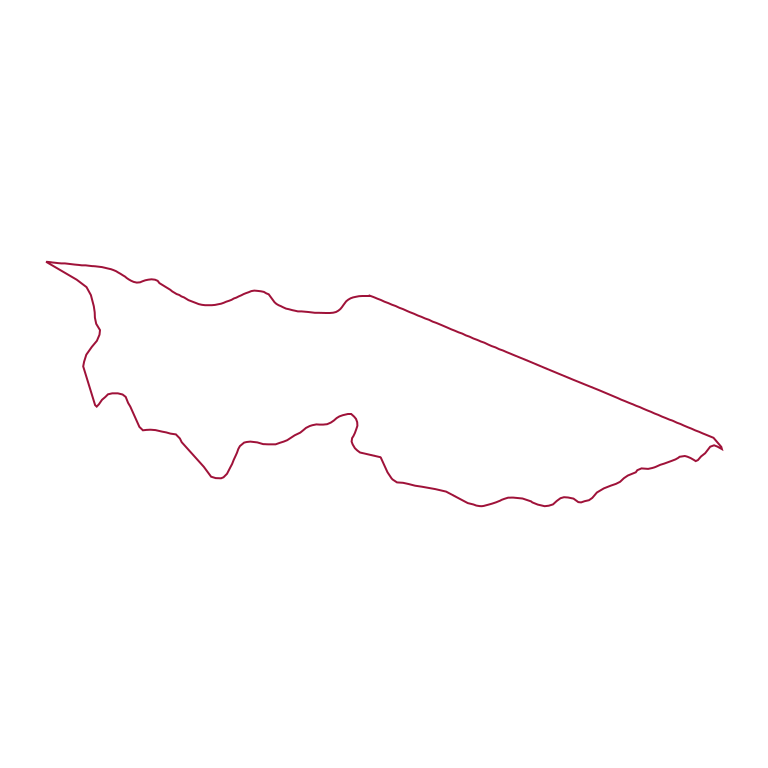 outline of Bayanga, Sangha-Mbaéré, Central African Republic, rotated 270°
{"feature_id": "33826404B5322507148284", "entity_name": "Bayanga", "entity_type": "district", "adm_level": 2, "iso_a3": "CAF", "parent_name": "Central African Republic", "parent_adm1": "Sangha-Mbaéré", "projection": "robinson", "projection_center": [16.329, 2.823], "detail": "fine", "context": "isolated", "style": "outline", "palette": "rose", "viewbox_px": 768, "rotation_deg": 270, "n_neighbors": 0, "source": "geoboundaries", "source_scale": "gbopen_adm2", "svg_char_len": 4775}
<svg xmlns="http://www.w3.org/2000/svg" viewBox="0 0 768 768"><g transform="rotate(270 384 384)"><path d="M264.9,467.8L264.0,471.5L263.5,473.5L262.9,475.1L262.5,476.1L262.3,477.1L261.9,479.7L261.8,481.3L261.9,482.5L262.1,483.8L263.2,487.9L263.8,490.1L264.4,492.2L265.7,496.1L267.0,499.3L267.4,500.3L268.1,501.5L269.1,504.2L270.3,508.0L270.4,511.9L270.4,513.2L269.5,522.5L266.6,531.1L265.6,532.3L263.4,537.8L261.8,544.7L262.3,548.8L263.6,553.0L267.0,556.7L269.8,560.5L270.8,564.0L270.5,568.1L269.4,573.5L265.9,578.3L265.6,581.1L266.8,584.6L267.8,589.0L270.1,592.3L275.5,596.9L279.6,603.8L282.4,610.9L284.1,615.9L284.6,616.9L286.2,620.1L289.8,623.9L292.5,627.9L293.8,631.1L295.7,635.8L297.8,637.3L299.6,641.5L299.1,648.1L300.0,652.3L300.7,654.6L301.3,656.1L303.2,660.3L304.4,664.2L307.1,671.6L308.6,675.5L310.3,678.5L311.2,679.5L312.0,684.8L311.8,685.6L311.7,686.0L311.3,687.4L310.0,690.5L308.0,694.0L306.9,695.7L307.9,697.9L311.6,701.1L314.8,705.2L321.3,710.2L322.7,714.1L321.4,717.4L318.9,721.9L320.7,721.4L321.1,721.3L330.2,713.5L333.6,705.2L334.6,702.7L336.2,699.1L337.6,695.3L339.3,691.6L340.7,688.0L342.3,684.2L342.6,683.5L343.4,681.8L344.0,680.5L345.3,676.9L347.1,673.1L347.8,671.3L347.9,670.8L348.4,669.4L350.0,665.6L351.4,662.0L353.1,658.3L354.5,654.6L356.2,650.9L357.6,647.3L359.2,643.5L360.9,639.8L362.2,636.2L363.9,632.4L364.0,632.0L365.3,628.7L366.9,624.9L368.3,621.3L370.0,617.6L371.3,614.5L377.8,599.1L383.8,584.2L388.3,573.1L394.4,558.4L395.9,554.8L399.0,547.3L402.1,539.9L406.8,528.8L412.8,514.1L414.4,510.3L415.9,506.6L417.5,503.0L418.8,499.2L420.6,495.5L421.9,491.7L423.5,488.1L425.3,484.4L426.6,480.6L427.1,479.6L428.2,477.0L429.5,473.4L431.3,469.6L432.6,465.9L434.4,462.3L435.7,458.5L437.3,454.8L438.7,451.2L440.4,447.4L442.8,441.8L445.1,436.3L446.4,432.6L448.2,429.0L449.5,425.2L451.0,421.8L451.1,421.6L452.5,417.8L454.2,414.1L455.6,410.5L455.6,410.4L456.5,408.3L457.2,406.7L457.4,406.3L458.9,403.0L460.2,399.4L462.0,395.6L463.3,391.9L464.9,388.3L466.3,384.5L468.0,380.9L469.4,377.2L470.3,375.1L471.0,373.4L472.3,369.8L472.0,369.8L472.0,366.1L472.0,362.3L471.8,359.0L471.2,355.9L470.6,353.1L469.7,350.6L468.3,348.2L466.7,346.2L464.7,344.7L462.8,343.3L460.8,341.9L458.9,340.3L457.3,338.3L456.0,336.0L455.3,333.2L455.0,329.8L455.0,326.0L455.2,318.5L455.2,314.9L455.6,311.6L456.0,308.3L456.3,304.9L456.6,301.6L456.6,297.9L457.3,294.9L457.8,292.5L458.8,288.8L459.4,286.0L461.0,282.5L461.7,281.2L462.8,278.6L464.1,276.4L465.8,274.5L473.7,268.7L474.7,266.2L476.1,263.9L476.7,261.0L477.1,257.7L477.4,254.3L476.9,251.3L475.8,248.7L474.9,246.1L473.9,243.6L472.7,241.3L471.6,238.7L470.4,236.4L469.5,233.8L468.2,231.6L467.2,229.0L466.3,226.2L465.2,223.7L464.3,221.1L463.7,218.0L463.1,215.1L462.8,211.8L462.8,208.0L462.8,205.1L463.2,201.8L463.9,198.7L464.9,196.2L465.9,193.6L466.9,191.0L467.9,188.4L469.2,186.3L470.6,184.0L471.6,181.4L473.0,179.3L473.9,176.8L473.9,176.7L475.3,174.4L476.6,172.2L478.2,170.3L479.5,168.2L480.9,165.9L482.2,163.8L483.6,161.5L484.9,159.4L486.9,157.9L487.2,157.6L488.3,155.0L488.7,151.5L488.3,148.2L487.7,145.3L486.8,142.7L486.3,141.5L485.7,140.1L485.4,136.8L486.1,133.7L487.2,131.2L488.5,128.9L489.9,126.8L491.5,124.9L492.6,123.0L492.8,122.7L494.2,120.5L495.5,118.2L496.8,116.1L497.9,113.5L498.8,111.0L499.5,107.9L500.2,105.0L500.9,102.0L501.3,98.7L501.7,95.3L501.9,92.8L501.9,92.0L502.3,88.6L502.7,85.3L502.7,81.6L503.1,78.3L503.4,75.0L503.8,71.6L504.2,68.3L504.6,64.9L504.6,61.3L504.9,57.9L505.3,54.6L505.5,52.4L505.7,51.3L506.1,47.9L506.2,46.1L488.3,76.7L480.9,86.5L472.9,90.9L461.8,93.8L455.7,94.7L450.4,94.9L444.2,96.2L437.9,100.0L433.3,99.5L427.2,96.9L421.1,91.8L413.3,86.3L406.3,84.1L401.6,83.2L362.9,95.1L361.4,96.7L363.7,98.9L368.2,102.0L371.0,105.3L373.7,108.0L374.7,112.4L374.7,117.7L373.5,122.6L371.1,125.7L365.1,128.1L361.4,130.3L341.1,139.4L337.7,142.9L338.1,146.5L338.3,150.4L337.9,155.5L336.4,162.0L335.6,166.2L334.4,170.4L333.6,175.9L329.5,179.9L325.8,181.7L301.2,203.8L291.3,211.1L289.9,215.7L289.7,221.0L290.7,223.5L294.2,227.0L297.3,228.6L301.2,230.6L304.0,232.1L308.1,233.7L312.4,235.7L315.3,237.0L319.0,238.3L321.9,239.9L325.4,244.1L326.0,246.7L326.4,250.3L325.6,257.3L323.9,263.1L323.7,267.5L323.7,275.7L325.2,279.9L326.4,283.7L327.8,287.2L332.7,294.7L335.4,300.3L337.9,303.4L340.1,306.0L342.0,309.8L342.8,312.4L343.6,316.4L343.4,319.7L343.4,323.1L343.8,327.1L345.4,330.8L347.5,333.9L349.9,336.6L351.6,339.4L352.8,342.8L354.0,347.9L354.0,351.2L351.4,354.1L349.1,356.0L345.8,357.2L342.2,357.4L338.9,356.3L335.0,354.9L331.9,353.4L329.9,352.1L326.4,351.6L323.5,352.7L319.8,354.9L317.6,357.2L315.5,360.0L310.8,380.4L310.4,380.8L295.7,387.5L289.7,391.5L288.5,392.6L285.6,397.0L285.2,403.0L284.0,408.5L282.3,415.1L281.3,421.8L278.9,435.3L276.4,446.1L264.9,467.8Z" fill="none" stroke="#9f1239" stroke-width="2"/></g></svg>